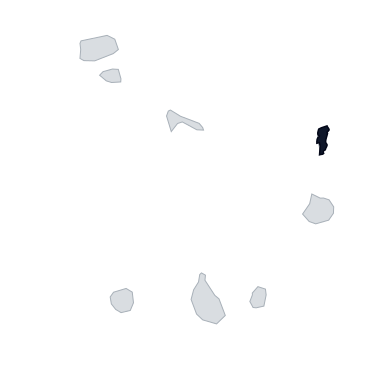 Sal on a map of Cabo Verde (orthographic projection), rotated 13°
{"feature_id": "CPV-5056", "entity_name": "Sal", "entity_type": "state/province", "adm_level": 1, "iso_a3": "CPV", "parent_name": "Cabo Verde", "parent_adm1": "", "projection": "orthographic", "projection_center": [-22.924, 16.727], "detail": "fine", "context": "in_parent", "style": "filled", "palette": "ink", "viewbox_px": 384, "rotation_deg": 13, "n_neighbors": 0, "source": "natural_earth", "source_scale": "10m", "svg_char_len": 1758}
<svg xmlns="http://www.w3.org/2000/svg" viewBox="0 0 384 384"><g transform="rotate(13 192 192)"><path d="M252.2,304.8L245.6,315.0L231.2,314.2L223.9,309.9L215.3,296.9L215.6,286.9L218.6,278.2L218.1,270.7L219.4,268.7L223.8,270.0L224.5,275.1L237.5,287.6L242.3,290.0L252.2,304.8ZM67.7,86.1L57.2,88.3L52.8,87.1L51.5,78.2L49.4,72.3L49.9,69.7L74.0,58.5L82.4,60.5L88.2,69.7L84.2,74.8L67.7,86.1ZM309.2,167.0L318.2,169.1L321.6,168.3L327.3,168.8L333.4,174.6L334.6,180.9L331.5,188.7L319.7,195.2L312.8,194.4L304.7,188.6L309.3,177.0L309.2,167.0ZM158.5,321.3L150.0,325.5L144.1,323.6L138.6,319.2L135.9,312.7L138.1,307.3L149.5,300.8L156.3,303.0L159.9,313.1L158.5,321.3ZM183.5,123.5L187.9,126.8L189.3,129.1L182.7,130.3L166.8,125.9L162.5,128.5L158.2,137.8L150.1,123.7L150.7,118.5L152.5,117.0L163.8,120.8L183.5,123.5ZM280.6,290.4L277.5,290.8L273.0,285.7L274.0,278.7L273.5,276.9L277.5,269.4L285.4,270.1L287.4,275.6L287.7,287.0L280.6,290.4ZM97.8,100.8L89.0,103.4L83.5,103.0L75.7,99.0L78.3,94.7L86.8,90.1L92.6,89.1L97.3,97.7L97.8,100.8ZM312.3,119.7L308.9,125.5L304.7,117.0L302.4,115.0L301.3,102.9L307.5,99.3L310.6,99.0L310.7,111.5L312.3,119.7Z" fill="#d9dde1" stroke="#a8b0b8" stroke-width="1"/><path d="M307.9,127.1L306.6,118.6L305.0,115.2L302.7,116.4L302.3,114.7L302.1,112.5L302.5,110.5L303.5,109.4L303.5,108.6L302.2,108.2L301.5,107.2L301.2,105.7L301.3,102.2L303.5,100.4L308.7,97.2L309.2,97.9L311.2,99.8L311.6,100.6L311.5,101.1L310.8,102.4L310.0,103.5L310.2,103.8L310.6,104.1L310.9,104.5L310.6,111.1L310.9,113.2L311.4,114.0L312.8,115.3L313.1,115.9L313.0,117.2L312.5,119.4L312.4,120.6L312.2,121.2L311.2,121.9L310.9,122.5L310.9,123.1L311.1,123.9L311.4,124.6L311.6,124.8L310.9,125.7L310.1,126.1L309.2,126.4L307.9,127.1Z" fill="#0f172a" stroke="#020617" stroke-width="1.5"/></g></svg>